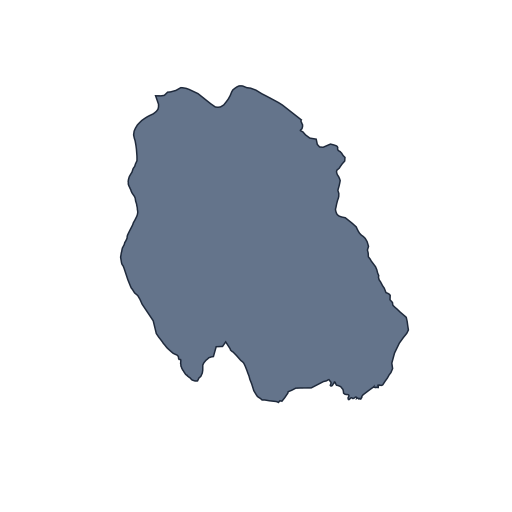 Abra, Abra, Philippines (Mercator projection), rotated 310°
{"feature_id": "2640588B11393510524278", "entity_name": "Abra", "entity_type": "district", "adm_level": 2, "iso_a3": "PHL", "parent_name": "Philippines", "parent_adm1": "Abra", "projection": "mercator", "projection_center": [120.786, 17.564], "detail": "fine", "context": "isolated", "style": "filled", "palette": "slate", "viewbox_px": 512, "rotation_deg": 310, "n_neighbors": 0, "source": "geoboundaries", "source_scale": "gbopen_adm2", "svg_char_len": 5937}
<svg xmlns="http://www.w3.org/2000/svg" viewBox="0 0 512 512"><g transform="rotate(310 256 256)"><path d="M389.4,203.2L388.6,179.2L388.0,174.7L386.7,168.4L385.2,161.3L384.0,156.1L383.0,149.3L381.1,144.0L379.0,140.7L377.7,136.6L376.9,135.4L375.4,133.7L373.3,132.7L370.8,132.0L368.4,131.5L366.1,131.9L363.0,132.9L362.4,133.1L358.3,133.9L354.9,134.1L351.0,134.2L347.4,133.0L345.5,131.3L344.0,129.1L343.5,123.3L343.1,107.2L340.6,97.7L339.5,94.7L337.6,91.5L336.6,90.2L331.3,88.2L326.7,85.0L324.7,83.0L320.1,82.5L317.6,80.3L314.2,76.1L311.7,80.3L309.6,83.8L307.4,85.6L305.3,86.6L302.8,86.7L301.0,86.4L298.8,85.9L294.9,84.1L292.4,83.1L289.5,82.2L286.4,81.4L283.3,81.1L280.2,80.9L276.4,81.5L273.3,82.4L270.1,84.4L268.0,87.1L266.6,89.3L263.4,93.1L261.1,95.6L256.1,100.5L253.8,102.5L252.4,103.6L249.0,104.5L246.6,105.5L244.8,105.6L243.7,105.8L240.5,107.1L238.3,107.4L235.5,107.9L234.0,108.5L232.5,109.2L230.9,110.2L229.9,111.3L229.1,111.8L228.5,112.7L227.8,114.0L227.3,115.2L226.9,115.9L226.2,117.6L225.6,118.4L224.7,120.3L224.3,121.6L223.7,123.9L223.3,125.0L222.7,126.2L220.7,128.5L219.0,131.2L218.4,131.8L216.6,134.1L215.4,135.2L214.4,136.4L213.4,137.4L211.3,138.6L209.6,139.2L205.4,140.2L203.7,140.5L202.6,140.7L200.6,141.5L193.2,143.2L191.2,143.7L189.3,144.2L188.1,144.8L186.9,145.7L185.6,146.1L183.6,146.6L182.0,146.8L180.1,147.7L178.3,148.1L176.3,148.5L174.7,149.3L173.0,150.3L171.8,150.8L170.2,151.8L168.1,153.0L164.4,157.3L163.5,158.7L162.9,160.8L161.8,162.8L155.5,173.0L152.3,179.0L151.3,181.0L151.0,182.7L149.7,186.7L149.7,190.8L148.2,195.0L145.9,199.7L140.3,218.9L132.5,229.5L131.3,233.7L131.0,235.3L129.9,240.0L129.5,241.1L129.2,243.2L128.7,245.5L128.4,247.3L128.2,252.9L128.2,255.1L128.9,257.8L129.3,258.7L129.3,259.9L129.1,261.1L128.6,261.7L128.0,262.2L127.3,263.5L128.2,264.8L128.0,265.1L127.6,265.6L125.3,267.3L125.1,267.4L125.0,267.6L124.8,268.0L124.0,268.7L123.3,269.4L123.2,269.9L122.3,271.3L122.1,271.9L121.5,273.2L121.5,273.9L121.2,274.5L121.0,275.0L120.9,275.4L120.7,276.1L120.1,278.1L120.1,278.9L120.1,279.7L120.3,279.8L120.0,280.9L120.1,281.4L120.1,282.9L120.3,283.8L120.1,284.7L119.9,286.4L120.1,287.2L120.5,288.2L121.0,289.5L121.8,290.5L122.7,291.5L125.9,290.7L128.3,291.1L131.8,290.1L134.3,288.6L138.3,285.3L140.8,284.7L144.0,284.7L145.5,285.0L146.9,285.2L147.6,285.2L150.1,286.7L151.6,288.0L160.9,283.8L165.2,288.5L170.7,288.0L168.3,295.9L167.6,296.9L167.5,299.0L167.7,300.2L167.3,304.2L167.2,305.1L166.2,311.6L166.3,313.7L166.1,315.3L165.7,316.3L164.8,318.3L162.6,322.4L161.0,325.1L159.6,327.7L157.5,330.7L155.2,335.0L151.4,340.9L149.9,345.3L149.3,347.4L149.4,348.8L149.7,351.1L149.6,353.2L151.3,355.2L153.7,359.3L157.5,365.0L158.1,366.6L158.2,367.3L160.5,367.4L160.7,368.0L161.1,368.4L161.3,368.8L161.4,369.2L166.0,369.1L169.6,368.7L171.2,368.6L172.7,367.9L176.2,369.7L180.3,371.4L183.4,374.8L190.5,383.1L203.2,388.4L205.6,390.2L207.5,390.9L208.2,391.3L208.0,392.3L207.6,393.6L207.5,394.6L206.5,395.4L204.7,396.0L204.5,396.7L204.7,397.1L205.0,397.4L205.5,397.6L206.0,397.7L206.5,397.6L207.7,397.4L208.7,397.5L209.0,397.4L209.4,397.1L209.6,397.0L209.8,397.0L210.0,397.1L210.1,397.3L210.1,397.6L209.9,398.3L209.0,399.9L208.8,400.5L208.8,400.8L209.0,401.2L209.5,402.0L209.7,402.7L210.1,403.9L210.3,404.8L210.2,405.7L209.9,406.9L209.7,408.3L208.7,409.7L207.2,411.3L207.3,413.1L208.2,414.6L208.8,415.3L209.1,416.1L208.9,416.8L208.1,417.3L206.7,417.6L205.9,418.3L205.7,418.6L205.6,418.9L205.5,419.1L205.6,419.4L205.7,419.5L206.0,419.6L207.6,419.8L208.6,420.0L208.8,420.2L208.9,420.5L209.0,420.9L209.0,421.7L209.1,421.9L209.5,422.1L210.2,422.5L211.5,422.8L211.9,423.0L212.2,423.2L212.3,423.5L212.3,424.0L212.3,424.3L212.2,424.5L211.7,424.7L212.3,424.9L212.6,425.3L212.6,425.8L212.6,426.8L212.8,426.9L213.2,426.9L213.5,427.0L213.6,427.4L213.6,427.9L213.7,428.2L214.2,428.2L214.7,427.9L215.0,428.0L215.6,428.0L215.8,427.7L216.2,427.4L216.8,427.3L217.4,427.3L218.4,427.2L227.2,429.2L231.4,430.3L231.5,430.3L231.2,430.5L231.3,430.8L231.5,431.0L231.9,432.0L232.0,432.0L232.4,432.1L232.6,432.2L232.6,432.3L232.7,432.8L233.1,433.1L233.5,433.8L233.7,434.1L233.8,434.2L234.1,433.9L234.7,433.6L235.0,433.3L235.1,433.2L234.9,432.9L235.0,432.8L235.2,433.0L235.3,433.1L235.5,433.0L235.6,432.9L235.7,432.7L235.8,432.8L236.0,433.0L236.1,433.3L236.2,433.5L236.5,433.5L236.9,434.4L237.3,435.0L237.6,435.4L237.8,435.5L238.8,435.9L242.9,435.4L247.0,435.1L250.6,434.4L253.4,434.3L257.6,433.0L261.2,428.9L270.7,424.5L281.4,421.8L288.3,421.3L293.7,421.2L297.3,420.3L300.0,417.2L303.0,413.9L305.6,410.5L305.7,402.0L306.0,398.2L306.0,395.7L306.2,392.7L306.5,392.2L308.1,390.4L308.6,386.8L312.1,384.1L312.4,382.8L312.1,380.9L311.5,379.1L313.8,374.9L314.6,372.0L316.2,368.1L316.9,365.6L318.5,363.4L319.8,362.7L321.2,360.0L323.1,357.4L324.6,354.5L326.3,347.2L327.0,345.5L327.6,342.6L330.3,340.1L332.2,337.5L335.7,336.0L338.4,331.9L339.7,328.3L339.9,325.7L339.7,323.3L340.0,320.6L340.8,318.2L341.8,315.9L342.7,314.1L342.9,308.9L342.8,304.5L342.7,299.8L341.0,296.7L340.0,294.1L339.9,291.9L340.3,290.5L341.1,289.1L341.6,288.3L342.9,286.8L344.8,285.9L347.7,284.3L351.3,282.6L353.0,282.0L354.8,281.1L357.1,279.3L358.9,276.5L361.3,275.4L362.9,274.7L365.6,273.3L367.9,272.0L369.0,270.2L370.0,268.1L370.4,266.5L371.2,264.9L372.3,263.5L373.7,262.8L376.7,263.3L379.3,263.0L382.0,262.8L385.8,262.9L388.7,260.8L388.9,258.5L389.2,257.3L389.8,255.5L389.9,254.5L389.9,254.0L390.1,253.4L389.9,252.8L389.8,251.8L389.8,251.1L389.9,250.6L390.3,249.8L391.7,248.8L392.1,247.8L392.0,246.6L391.2,244.5L390.7,243.4L389.6,241.1L382.4,237.5L380.4,234.6L380.9,231.2L384.2,227.0L380.9,221.4L380.6,216.0L381.2,212.2L380.6,209.4L380.8,209.2L381.6,209.1L382.6,209.4L382.9,209.4L383.2,209.3L383.5,209.2L383.8,209.1L384.4,208.8L385.1,208.4L385.5,208.2L385.7,207.9L386.0,207.7L386.3,207.5L386.4,207.4L386.7,206.8L386.8,206.5L387.1,205.7L387.4,205.4L387.9,204.2L388.2,203.8L388.6,203.5L388.8,203.4L389.3,203.2L389.4,203.2Z" fill="#64748b" stroke="#1e293b" stroke-width="1.5"/></g></svg>